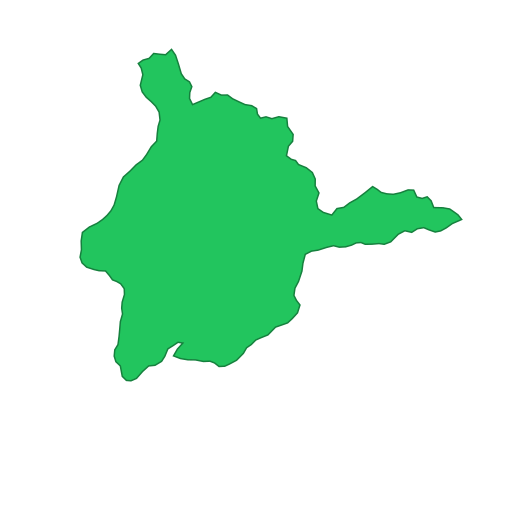 outline of São José do Goiabal, Minas Gerais, Brazil, rotated 21°
{"feature_id": "56859067B58749623581662", "entity_name": "São José do Goiabal", "entity_type": "district", "adm_level": 2, "iso_a3": "BRA", "parent_name": "Brazil", "parent_adm1": "Minas Gerais", "projection": "equal_earth", "projection_center": [-42.684, -19.938], "detail": "fine", "context": "isolated", "style": "filled", "palette": "green", "viewbox_px": 512, "rotation_deg": 21, "n_neighbors": 0, "source": "geoboundaries", "source_scale": "gbopen_adm2", "svg_char_len": 2476}
<svg xmlns="http://www.w3.org/2000/svg" viewBox="0 0 512 512"><g transform="rotate(21 256 256)"><path d="M77.1,118.4L81.5,121.7L85.4,127.3L86.8,138.1L91.0,143.6L96.6,147.1L102.8,149.4L108.7,152.1L114.0,156.4L117.7,163.5L118.2,170.0L119.9,176.9L122.1,184.3L119.1,191.5L117.5,200.6L115.7,207.2L111.4,213.9L108.0,221.8L103.9,229.7L102.9,239.1L104.6,250.8L105.3,259.3L104.4,265.7L102.5,271.3L99.7,276.9L96.0,282.4L90.1,288.6L85.5,296.2L87.4,304.6L90.8,312.7L92.2,320.2L96.1,324.8L101.9,327.1L109.5,326.7L114.6,326.0L120.9,323.9L126.2,326.8L130.6,329.7L135.0,329.7L139.6,330.4L144.7,333.7L147.0,339.1L147.6,347.0L149.3,352.8L152.2,358.0L152.9,365.9L154.6,371.7L157.0,380.2L158.9,388.2L157.8,394.2L159.5,400.3L163.1,404.9L168.7,407.2L174.3,416.3L179.6,418.6L184.0,417.3L188.3,413.1L191.5,404.4L195.2,397.1L200.9,394.2L205.6,388.2L206.8,382.4L207.0,374.3L210.9,369.1L214.1,364.5L218.9,363.5L216.0,371.1L214.8,378.8L222.3,378.8L229.6,377.3L236.7,374.7L244.7,373.3L250.7,370.7L255.6,370.7L261.1,372.4L266.3,370.1L269.8,366.5L275.2,360.3L279.1,351.4L280.1,345.0L283.3,340.4L285.9,334.5L289.8,330.6L295.4,325.4L299.7,315.4L304.8,311.1L309.5,307.1L312.3,301.4L315.1,294.2L314.6,286.0L309.7,283.0L305.5,279.2L303.9,272.1L304.8,264.5L304.3,253.7L302.4,245.9L301.4,236.8L306.0,231.6L311.8,228.3L318.9,222.6L324.7,218.6L330.6,217.9L336.4,215.3L341.3,211.6L344.9,207.8L349.2,205.8L353.8,205.9L360.2,203.3L366.4,200.3L371.5,199.1L376.7,194.5L381.0,184.7L385.9,179.1L392.9,178.1L396.9,172.7L402.5,169.4L407.8,169.6L414.7,169.4L419.4,166.4L423.5,161.6L427.6,155.4L434.9,148.2L429.8,145.2L425.3,144.0L420.0,142.7L413.3,144.0L404.6,147.1L399.7,141.7L394.6,139.4L390.5,142.7L385.0,143.3L379.6,138.0L374.3,139.8L368.2,145.2L362.1,149.2L355.8,151.1L350.0,151.8L345.4,150.4L340.0,149.4L335.1,157.9L329.6,166.7L324.4,172.9L320.6,179.1L314.6,182.7L312.1,190.6L303.1,191.2L296.8,189.6L292.6,183.1L292.2,174.6L286.1,169.4L283.7,162.9L278.7,157.9L271.4,155.6L262.9,155.4L258.7,152.7L254.2,153.1L248.5,151.5L246.9,141.9L249.1,135.8L247.1,129.2L239.1,123.8L235.4,116.3L227.4,117.8L221.6,122.1L215.5,122.5L210.8,125.7L206.5,123.0L203.7,118.2L198.1,117.2L191.5,118.6L185.2,118.2L177.8,117.6L171.8,115.9L166.0,118.2L159.4,117.8L157.0,124.0L152.2,128.0L148.2,131.9L142.5,137.4L137.5,132.8L135.6,127.1L135.4,120.9L131.5,117.3L126.0,116.2L120.9,112.6L114.7,104.5L108.9,97.4L103.1,93.4L99.5,100.5L93.6,102.2L87.9,103.6L85.4,109.8L80.3,113.6L77.1,118.4Z" fill="#22c55e" stroke="#15803d" stroke-width="1.5"/></g></svg>